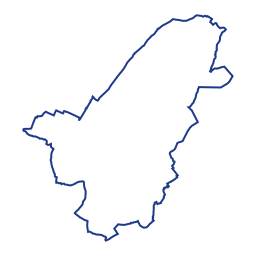 Rosia De Secas, Alba, Romania, rotated 180°
{"feature_id": "2599482B90231933862617", "entity_name": "Rosia De Secas", "entity_type": "district", "adm_level": 2, "iso_a3": "ROU", "parent_name": "Romania", "parent_adm1": "Alba", "projection": "orthographic", "projection_center": [23.873, 46.048], "detail": "fine", "context": "isolated", "style": "outline", "palette": "blue", "viewbox_px": 256, "rotation_deg": 180, "n_neighbors": 0, "source": "geoboundaries", "source_scale": "gbopen_adm2", "svg_char_len": 5697}
<svg xmlns="http://www.w3.org/2000/svg" viewBox="0 0 256 256"><g transform="rotate(180 128 128)"><path d="M105.3,219.0L108.5,215.9L109.2,214.9L110.7,212.7L111.8,210.8L112.2,210.3L112.4,210.1L113.3,209.8L115.5,207.7L120.1,203.7L121.4,202.9L121.5,202.2L122.7,201.2L123.5,198.9L125.6,197.0L128.7,193.5L130.9,189.5L132.2,187.4L134.6,184.2L136.9,181.5L144.4,171.6L146.3,168.7L147.2,166.9L149.3,165.0L149.5,164.6L150.0,164.2L153.3,161.2L156.2,158.3L157.0,157.4L157.2,156.7L157.3,156.4L157.6,156.2L158.0,155.9L158.2,155.4L158.5,155.3L160.2,156.3L161.0,156.9L162.1,158.1L162.6,158.4L162.7,159.0L163.3,159.5L163.6,158.8L163.5,158.1L163.6,157.7L164.2,156.7L164.6,156.2L164.9,156.0L165.5,155.2L165.3,154.8L165.4,154.3L165.8,153.6L166.1,153.4L166.2,153.0L166.6,152.7L166.9,152.1L167.6,150.8L168.9,148.6L169.0,148.6L169.2,148.4L169.5,148.3L169.4,147.9L169.4,147.7L169.6,147.7L169.8,147.3L170.3,147.2L170.4,146.4L171.0,145.0L172.1,143.3L175.8,137.2L176.6,136.1L176.8,136.1L176.8,138.4L187.6,143.5L191.3,144.8L192.0,144.9L192.2,144.7L192.7,143.0L192.9,142.6L193.0,142.6L195.5,143.6L196.4,144.1L199.6,145.5L199.8,145.6L200.9,143.6L202.2,140.6L208.1,143.2L210.2,144.3L212.3,142.6L213.3,141.2L213.9,140.3L214.3,140.0L215.8,139.8L217.7,139.7L218.0,139.7L218.2,139.9L218.5,139.9L218.7,139.7L218.8,139.0L219.1,138.4L220.4,138.7L220.6,138.5L223.1,132.2L224.8,127.5L225.0,127.4L227.6,127.1L231.6,127.1L232.4,126.9L232.6,126.3L232.6,125.5L231.9,125.0L230.9,124.8L229.8,124.0L229.4,123.3L229.1,122.6L228.8,122.4L228.5,122.3L227.5,121.4L226.7,121.0L226.2,120.9L224.9,120.2L224.0,120.4L222.9,119.6L221.1,119.6L220.1,119.4L216.9,118.0L216.2,117.3L214.6,117.5L213.6,117.2L212.4,116.5L211.9,116.5L211.4,116.7L209.8,115.7L209.5,115.4L209.3,114.8L209.2,114.0L209.3,113.4L209.7,112.2L209.6,111.8L208.9,111.6L208.1,111.1L207.2,111.1L206.0,111.6L205.1,112.1L205.0,110.8L205.1,109.9L204.8,108.9L204.5,108.5L204.2,108.3L203.3,107.6L202.7,107.3L202.5,106.9L203.9,104.5L204.5,102.7L204.7,101.3L204.8,97.5L205.3,96.5L205.4,96.0L204.8,94.0L204.4,91.1L204.1,89.9L203.8,88.7L203.1,87.0L202.2,83.9L201.2,82.0L201.2,80.1L201.1,79.5L199.2,78.7L199.5,77.7L199.8,75.2L199.8,73.5L199.7,73.2L198.6,73.6L198.1,73.2L197.1,72.7L195.4,72.9L195.0,72.8L194.6,71.9L194.1,72.2L191.9,72.3L191.5,71.7L190.9,71.5L189.6,71.3L188.9,71.3L187.2,70.8L185.6,70.6L184.9,70.7L181.9,71.8L178.4,73.8L177.5,74.1L176.7,74.3L173.3,74.7L172.8,74.5L172.2,74.1L171.9,70.9L171.5,68.2L170.6,65.8L170.3,64.3L170.4,61.8L170.8,57.6L171.1,56.9L172.0,55.6L172.9,54.5L173.2,53.0L173.6,51.4L178.0,46.1L180.0,44.4L181.2,42.8L180.8,42.4L176.3,38.9L176.1,38.6L175.7,38.5L174.7,38.0L172.8,36.8L170.9,35.8L168.8,35.2L168.4,34.9L168.6,33.7L168.8,31.0L168.7,29.3L168.6,28.1L167.9,24.1L166.6,24.4L166.1,24.3L163.9,23.1L163.2,22.4L161.7,22.3L159.6,21.5L159.0,21.4L157.7,21.4L154.8,21.1L154.3,21.0L153.2,20.3L152.2,19.8L150.6,19.3L150.1,18.9L149.9,18.4L150.5,16.9L150.6,16.3L150.5,15.7L150.2,15.4L147.7,16.5L146.4,17.2L144.4,18.7L140.6,20.9L138.2,22.0L141.7,27.4L137.8,31.7L136.2,31.4L132.4,31.1L131.4,31.1L127.1,32.2L125.1,32.5L125.0,33.2L122.6,33.3L122.0,33.8L120.6,33.9L119.4,34.2L118.1,35.0L117.6,33.7L116.1,30.8L115.6,30.2L113.6,29.0L112.1,28.3L109.4,28.7L108.5,29.4L106.1,32.2L105.5,32.6L103.5,34.4L102.9,34.8L102.3,35.4L103.3,36.1L103.0,37.2L103.1,37.6L102.8,38.4L102.8,38.6L103.2,38.7L103.2,39.7L102.8,40.2L102.6,40.8L102.5,41.8L102.5,43.7L102.4,44.8L102.2,47.9L102.3,49.7L102.1,50.9L101.8,51.4L101.3,51.8L101.3,53.3L99.6,54.1L99.1,52.7L98.9,52.3L98.5,51.9L98.0,52.2L98.1,52.4L96.4,52.5L95.4,52.9L95.6,53.2L94.9,53.9L92.1,58.1L92.3,59.0L91.9,59.3L91.8,60.4L91.5,61.1L91.2,61.0L91.0,61.3L92.1,63.6L92.6,65.2L92.6,66.6L91.8,66.9L91.9,67.7L91.5,67.8L91.6,68.2L90.7,68.6L90.0,68.6L89.5,68.8L89.1,68.6L88.0,68.8L87.8,69.0L87.6,69.5L88.0,69.9L87.4,69.9L88.8,72.4L85.2,74.3L84.7,74.4L84.4,74.9L83.9,75.0L82.9,75.6L82.5,76.1L81.2,76.6L80.8,77.2L78.7,78.7L79.5,80.0L78.3,80.7L83.6,87.4L82.5,88.1L83.9,90.1L82.4,91.7L81.6,93.4L81.5,94.4L82.2,94.5L82.7,94.7L83.5,97.5L84.8,98.4L86.3,102.7L85.3,104.2L84.8,104.4L82.3,105.8L81.1,107.1L80.4,108.4L79.7,110.3L79.3,111.2L78.7,112.8L78.4,113.1L77.6,113.5L74.9,114.3L73.4,114.9L68.4,124.7L66.1,128.2L63.9,130.4L62.6,131.1L58.2,133.9L64.2,145.6L65.3,146.6L67.4,148.7L66.3,148.8L65.8,149.6L64.9,150.4L63.7,152.3L62.8,153.1L62.4,153.6L62.0,155.2L61.6,155.8L60.5,158.1L60.2,159.4L60.0,160.7L59.3,163.0L58.3,164.4L58.0,166.7L57.5,167.5L57.1,168.9L35.2,168.5L29.0,172.2L27.9,173.1L26.5,174.5L23.4,179.9L31.7,189.4L35.0,188.6L38.0,187.6L39.7,187.4L40.8,187.6L41.5,187.4L42.6,186.8L43.9,185.5L44.7,185.0L45.1,184.2L45.9,184.6L45.3,186.0L45.3,186.3L45.0,186.9L45.0,187.6L44.7,188.3L44.7,188.7L44.4,189.0L42.7,192.9L41.8,196.8L40.8,197.6L40.4,198.6L40.4,199.7L40.7,200.1L40.5,200.6L40.9,201.3L40.5,201.6L40.6,202.4L40.3,202.8L40.5,204.0L39.7,204.8L39.6,205.4L39.2,205.7L39.2,206.3L39.2,207.0L39.4,207.4L39.3,207.8L39.4,208.2L39.2,208.7L39.1,209.5L39.3,210.7L39.0,211.4L36.5,214.9L36.1,216.3L35.9,217.7L36.0,218.4L35.8,219.4L35.4,220.3L34.8,221.2L34.0,223.3L33.5,223.8L32.2,224.5L30.8,225.6L30.4,226.4L30.2,226.6L31.2,227.7L32.0,228.3L32.7,228.4L34.9,228.2L35.8,227.8L36.1,227.8L37.3,229.1L38.5,230.2L39.4,232.3L39.9,232.9L40.7,232.9L41.1,232.7L41.9,232.0L43.0,231.2L44.3,232.7L45.0,233.4L45.8,234.0L44.7,236.0L44.0,236.6L43.9,237.0L48.5,239.9L49.2,239.3L50.9,240.3L52.9,239.3L54.3,240.0L58.1,240.6L59.6,240.6L61.2,239.5L63.0,237.9L67.2,236.3L68.7,235.5L70.3,235.2L73.7,235.2L75.8,235.8L83.3,236.8L84.1,236.0L85.7,234.6L94.2,230.0L94.4,229.6L94.9,229.3L97.1,227.4L97.6,227.6L98.6,226.7L98.5,226.4L100.6,223.6L101.3,222.5L101.6,222.2L101.9,221.8L102.7,221.2L103.5,220.8L104.6,219.8L105.1,219.6L105.3,219.0Z" fill="none" stroke="#1e3a8a" stroke-width="2"/></g></svg>